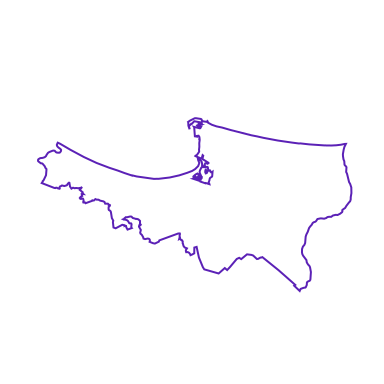 the district of Napier City, Hawke's Bay, New Zealand, rotated 281°
{"feature_id": "76426892B22916001519888", "entity_name": "Napier City", "entity_type": "district", "adm_level": 2, "iso_a3": "NZL", "parent_name": "New Zealand", "parent_adm1": "Hawke's Bay", "projection": "mercator", "projection_center": [176.876, -39.479], "detail": "fine", "context": "isolated", "style": "outline", "palette": "violet", "viewbox_px": 384, "rotation_deg": 281, "n_neighbors": 0, "source": "geoboundaries", "source_scale": "gbopen_adm2", "svg_char_len": 6061}
<svg xmlns="http://www.w3.org/2000/svg" viewBox="0 0 384 384"><g transform="rotate(281 192 192)"><path d="M268.6,333.9L268.3,332.7L266.8,329.1L265.4,324.7L264.2,319.8L263.0,313.1L261.1,297.9L260.4,289.3L260.0,287.4L259.6,281.0L258.9,266.4L258.8,251.9L259.0,245.2L259.0,239.4L260.2,218.2L261.0,209.2L261.1,203.6L261.8,198.6L263.0,194.8L263.5,193.8L264.3,193.9L264.5,193.6L263.7,193.4L263.5,189.9L263.7,188.3L265.0,187.6L265.4,186.8L265.2,181.8L264.9,180.6L261.6,176.3L260.0,174.8L259.8,175.0L256.4,175.8L253.9,177.2L254.0,177.4L255.9,176.4L258.8,178.2L258.7,178.7L261.9,180.7L262.0,188.3L260.3,188.8L260.3,185.5L259.9,185.6L259.9,188.1L258.9,186.3L259.0,186.0L258.4,185.0L258.5,184.5L258.3,184.3L258.1,184.6L257.9,188.5L256.3,188.0L256.0,187.6L256.3,181.5L256.0,181.8L247.2,184.2L247.3,186.4L248.0,186.2L248.5,187.7L247.5,188.7L246.1,189.2L245.4,189.3L244.6,188.4L245.0,189.3L244.7,189.6L241.4,189.8L237.7,190.6L234.9,190.8L233.2,191.3L232.3,191.1L229.6,189.9L228.1,188.9L228.2,188.5L228.0,188.4L227.7,189.4L226.8,193.9L226.6,194.2L227.1,195.1L230.2,195.4L229.8,196.1L226.4,195.9L223.8,202.6L223.6,202.7L222.7,201.9L222.9,200.8L223.1,200.5L222.6,199.5L220.9,199.1L220.8,199.4L220.3,199.6L219.7,199.3L219.5,198.5L218.9,198.3L218.6,197.1L221.8,196.5L224.0,195.4L224.8,194.2L225.4,191.6L224.4,192.0L222.0,193.6L221.5,193.6L218.6,193.1L215.1,190.7L212.7,188.1L209.9,183.6L205.9,176.3L202.0,167.4L198.6,156.8L197.6,151.9L196.7,134.7L196.9,130.6L196.9,130.0L196.7,130.0L197.7,122.3L198.9,114.9L200.0,106.2L202.3,92.8L205.7,79.2L210.2,64.7L214.2,53.3L214.8,50.8L212.7,50.3L211.7,50.6L210.9,51.3L210.1,52.5L209.5,53.9L208.7,55.2L208.3,55.5L206.9,55.5L205.6,54.8L205.2,54.1L204.9,51.9L205.1,50.9L206.3,49.3L206.2,47.9L205.8,47.1L204.0,44.3L203.0,43.2L200.8,42.2L199.3,41.8L198.0,40.7L197.0,38.9L196.3,36.6L195.1,35.2L194.5,34.8L193.2,34.9L192.7,35.4L191.3,38.2L191.5,39.2L191.2,40.0L189.2,42.5L187.6,43.6L186.8,44.7L186.0,44.9L180.6,45.5L175.3,44.1L174.2,43.4L173.8,43.5L172.1,42.8L169.7,56.1L169.8,57.2L170.3,57.7L170.4,58.5L170.0,59.5L169.9,61.3L170.1,61.5L171.2,61.0L172.4,61.5L172.8,62.3L173.6,63.1L173.5,65.5L174.5,67.5L174.8,67.9L176.6,68.6L177.7,69.5L177.6,69.9L174.1,71.2L172.3,73.0L173.5,74.4L173.3,76.2L173.8,77.3L174.0,79.6L174.9,82.1L175.9,83.2L172.7,81.4L170.9,84.7L170.2,84.5L169.3,85.8L169.2,84.6L168.9,84.1L167.2,85.0L166.1,83.7L164.7,83.0L164.0,83.7L164.0,84.4L164.7,85.3L164.7,86.2L164.1,86.7L162.4,87.4L161.6,87.1L161.0,87.3L161.0,88.1L161.3,89.0L160.7,89.7L164.3,95.7L164.8,95.8L164.7,96.4L165.0,97.4L166.6,98.5L166.3,99.9L166.6,101.3L166.5,102.1L166.0,103.4L165.9,106.8L165.5,108.0L164.0,109.0L164.5,111.6L164.2,112.2L163.4,112.6L163.6,113.7L163.4,114.0L162.6,113.9L161.3,113.0L159.2,113.4L158.5,113.8L157.9,115.4L156.9,116.2L151.1,118.3L148.8,120.2L147.4,120.1L142.2,121.7L141.8,124.0L146.5,129.8L146.5,132.0L145.8,132.2L146.1,132.6L146.1,133.7L144.7,134.3L142.8,135.9L145.1,139.7L145.3,139.4L146.6,139.0L148.9,138.8L149.6,138.1L149.3,136.8L149.4,136.4L151.2,134.8L151.8,133.8L152.1,132.2L152.1,130.9L151.9,130.5L152.1,129.7L152.7,130.6L153.3,130.7L154.7,131.9L154.7,132.8L156.1,135.8L156.3,136.9L156.2,137.4L155.2,138.8L155.0,141.2L154.8,142.2L155.1,142.9L154.9,144.6L153.7,146.5L150.9,147.0L150.2,147.9L149.5,147.7L149.5,146.7L148.3,146.5L147.8,146.6L145.0,149.0L142.1,148.9L141.2,149.5L140.4,150.9L138.3,152.7L137.0,153.3L136.8,154.9L137.9,157.5L137.8,158.8L137.4,159.4L137.0,159.7L135.8,160.0L135.0,159.9L134.3,163.5L134.3,165.4L136.9,168.9L138.3,169.2L148.6,186.3L149.0,187.9L148.5,188.2L147.1,188.1L145.3,188.5L143.6,188.4L144.3,189.1L143.4,189.4L142.5,191.2L142.7,191.3L141.8,192.3L139.9,192.6L139.5,193.0L137.5,193.9L136.2,195.3L135.7,197.8L133.9,197.1L133.0,197.2L131.8,197.8L132.2,199.3L131.8,200.7L130.7,202.0L129.7,202.6L130.7,204.1L132.2,205.9L137.9,204.9L139.0,207.0L129.0,211.3L120.3,217.0L118.4,218.8L117.1,233.7L123.6,238.7L122.1,241.4L125.6,243.6L134.8,248.7L136.4,250.9L135.5,253.1L141.3,257.9L141.6,262.4L141.3,264.2L138.6,268.5L139.0,269.7L140.7,271.7L140.9,272.6L141.5,273.5L131.7,292.0L120.5,311.1L119.5,310.2L115.4,316.6L117.6,317.1L119.0,319.4L119.6,320.7L119.8,321.5L120.1,321.8L122.6,322.4L124.9,322.1L125.4,322.2L126.1,322.7L127.4,324.5L128.4,324.9L129.7,324.8L136.1,324.0L140.7,322.2L141.9,321.3L143.0,319.7L144.8,318.1L147.0,317.3L150.7,313.2L152.0,312.2L153.6,311.5L157.0,310.9L159.6,311.3L161.5,312.4L163.5,312.8L169.9,312.1L172.2,312.4L174.9,313.2L179.0,313.8L180.9,314.7L182.5,315.7L184.6,316.4L185.4,317.1L186.4,318.8L187.2,319.4L189.4,320.3L190.6,323.1L190.8,324.1L191.0,326.8L192.1,328.8L193.2,329.7L193.8,331.2L194.2,333.4L195.8,334.8L197.0,337.4L197.2,339.3L198.9,341.5L200.9,343.2L201.9,343.3L202.7,343.0L203.2,343.1L205.6,345.4L207.9,346.2L211.7,348.1L213.1,349.0L214.9,349.2L217.3,348.8L221.3,348.7L226.9,347.5L230.1,345.7L231.7,344.3L239.5,340.7L241.1,339.5L245.8,338.9L246.5,338.3L247.3,337.1L247.9,336.5L251.3,335.6L252.9,334.5L255.9,333.4L257.9,332.9L262.6,332.8L265.3,333.0L268.6,333.9ZM206.7,190.7L207.1,190.4L207.7,190.5L209.8,192.1L211.2,193.8L211.0,194.3L209.7,195.5L208.6,195.1L209.4,195.7L207.8,196.2L206.6,198.0L206.4,198.0L206.4,198.3L207.1,198.7L207.7,198.9L208.5,198.7L208.3,198.1L208.3,197.0L208.8,197.3L208.9,197.6L209.6,197.8L212.2,196.0L213.6,195.6L215.1,195.8L217.7,196.5L218.2,197.0L219.6,202.2L219.3,202.8L216.8,203.7L213.4,202.5L213.5,202.1L213.9,201.4L215.5,201.1L216.3,201.5L217.7,200.9L216.6,201.2L215.4,201.0L214.1,201.2L213.6,201.4L213.3,201.9L213.0,202.0L213.5,202.9L215.8,203.5L216.7,204.0L216.3,204.6L216.7,205.4L216.0,206.1L215.6,206.1L215.4,206.3L215.5,206.6L214.9,207.2L214.9,207.5L215.8,208.3L211.3,208.8L210.9,208.7L209.3,207.1L208.1,206.8L206.8,206.9L204.0,206.4L203.3,207.0L203.4,207.4L203.0,207.6L203.4,204.3L203.4,203.6L203.1,203.5L203.8,198.4L204.2,198.4L205.2,190.8L205.5,191.5L205.5,192.5L205.1,193.9L205.4,194.2L205.4,194.8L205.2,195.6L205.2,196.7L205.6,196.9L206.1,195.9L207.8,195.1L207.6,194.8L208.4,195.0L206.8,194.3L207.0,193.6L206.9,193.0L207.2,192.7L207.6,192.8L207.8,192.5L207.2,191.1L206.7,190.7Z" fill="none" stroke="#5b21b6" stroke-width="2"/></g></svg>